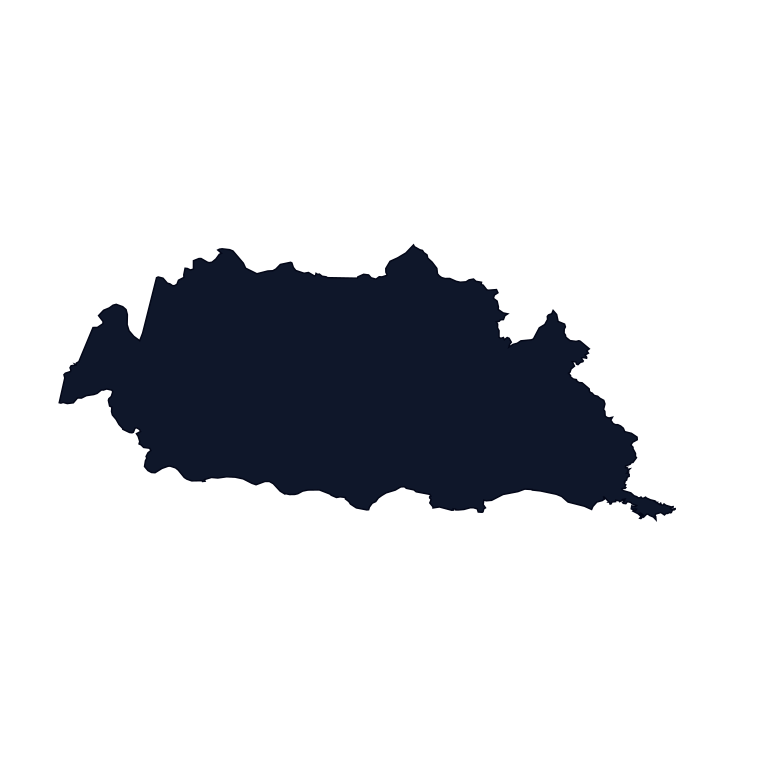 outline of Achí, Bolívar, Colombia, rotated 284°
{"feature_id": "7082276B83217917956191", "entity_name": "Achí", "entity_type": "district", "adm_level": 2, "iso_a3": "COL", "parent_name": "Colombia", "parent_adm1": "Bolívar", "projection": "equal_earth", "projection_center": [-74.478, 8.603], "detail": "fine", "context": "isolated", "style": "filled", "palette": "ink", "viewbox_px": 768, "rotation_deg": 284, "n_neighbors": 0, "source": "geoboundaries", "source_scale": "gbopen_adm2", "svg_char_len": 6143}
<svg xmlns="http://www.w3.org/2000/svg" viewBox="0 0 768 768"><g transform="rotate(284 384 384)"><path d="M381.3,90.5L376.7,96.3L374.5,96.7L369.5,92.2L368.4,88.0L331.8,82.5L329.9,80.5L328.4,80.6L328.5,79.3L327.8,80.3L326.0,76.0L323.8,75.4L321.7,76.9L320.2,76.7L317.4,72.2L315.6,71.2L312.7,72.8L287.3,73.4L287.3,75.1L288.5,77.1L288.4,81.4L290.6,87.1L296.3,90.0L297.2,93.9L300.7,98.0L303.6,105.0L305.5,107.9L309.8,111.2L310.3,113.3L312.1,116.1L312.2,121.4L310.9,122.7L305.9,122.4L303.2,120.6L301.5,120.5L296.2,123.1L295.8,125.5L291.3,126.3L288.3,127.9L284.9,132.6L280.6,136.7L277.8,141.1L276.9,141.5L275.4,148.8L275.7,151.3L276.6,152.5L280.9,153.1L281.7,154.6L280.7,157.9L279.0,159.3L275.9,155.8L273.8,158.1L269.2,160.9L266.6,160.8L266.2,163.0L264.3,166.1L265.0,172.1L263.0,173.9L260.3,171.7L256.1,170.7L254.7,171.8L251.9,171.1L246.0,171.6L242.9,175.9L241.9,179.8L242.5,183.3L248.4,189.0L252.0,194.4L252.6,196.3L252.2,202.0L250.7,205.2L245.0,212.8L244.0,215.7L243.5,220.8L246.2,230.9L245.5,231.4L246.4,233.9L247.8,232.8L251.6,239.2L252.6,245.5L255.9,253.7L257.6,262.1L257.9,270.3L255.7,279.8L255.3,284.2L260.6,292.0L261.7,296.4L260.5,300.7L254.9,309.2L253.3,314.3L253.8,314.3L253.9,319.0L255.3,324.2L256.7,326.9L260.4,331.0L262.7,335.8L265.6,346.8L264.2,358.0L263.3,359.8L262.4,365.3L263.9,368.7L264.6,374.0L263.2,374.3L261.4,378.4L259.4,380.5L257.1,387.1L257.7,397.8L258.3,399.5L261.0,399.6L265.5,401.4L267.9,404.4L272.1,406.1L275.5,409.0L278.9,412.4L283.8,420.6L288.2,425.1L289.3,428.7L288.2,430.9L288.5,438.6L287.2,441.3L288.0,455.1L286.5,456.6L285.6,455.6L284.6,455.8L283.3,457.7L279.7,457.2L276.7,461.2L275.6,461.5L278.1,467.5L277.9,480.3L278.5,482.0L279.7,481.4L279.9,483.7L279.2,484.1L279.8,486.6L281.6,491.9L284.8,497.6L285.6,500.7L285.4,504.7L282.6,506.4L283.3,510.3L284.0,511.0L287.0,511.0L288.4,512.4L291.0,509.4L295.5,508.9L295.4,511.4L297.2,516.6L305.6,526.2L312.0,540.0L316.1,546.0L317.5,553.4L317.0,553.5L318.1,561.6L318.7,577.9L317.9,583.6L314.0,591.1L313.9,608.0L312.5,615.8L315.7,616.3L321.0,619.1L323.7,624.0L325.5,625.6L328.1,624.0L324.2,630.6L323.7,630.2L323.9,631.4L322.2,632.4L322.6,633.3L324.7,633.8L325.9,637.2L327.4,637.0L327.5,640.7L326.9,641.1L328.5,643.1L329.5,643.1L330.7,645.9L328.5,645.6L328.8,644.6L327.1,645.0L326.8,644.2L326.1,645.0L326.4,647.6L328.6,648.5L328.8,649.8L328.8,652.3L327.7,653.4L327.2,658.5L325.8,657.5L325.7,653.9L322.7,654.1L322.4,655.6L323.4,657.2L323.6,659.3L322.1,658.8L321.7,656.9L320.9,656.3L319.6,661.9L317.6,665.6L315.6,664.6L315.6,665.8L317.2,666.9L318.6,666.4L320.3,663.3L320.9,664.3L319.6,667.0L318.9,667.7L318.3,667.1L317.6,668.1L321.2,670.3L321.6,671.9L320.8,673.3L320.1,677.6L318.0,680.8L321.1,679.7L321.3,678.8L323.6,679.1L326.3,683.8L324.8,687.8L326.5,688.8L327.1,690.7L328.6,692.0L328.2,692.8L328.8,693.9L331.8,694.4L331.9,695.8L332.9,696.8L333.5,696.7L332.0,693.2L332.2,692.1L333.0,692.0L334.6,694.4L335.0,694.2L334.2,692.5L334.5,686.7L335.4,684.7L333.9,684.0L333.8,682.3L335.3,681.3L334.4,680.7L333.9,681.3L333.7,680.5L334.6,678.1L335.3,678.1L334.7,676.9L335.8,676.1L335.6,674.9L336.1,674.9L336.1,670.5L336.9,666.1L337.5,665.2L335.8,663.2L335.6,662.1L336.5,660.7L335.5,659.9L335.0,658.0L335.8,656.6L336.0,653.8L338.1,649.8L338.4,642.3L339.0,640.4L340.3,640.4L341.0,643.1L342.0,643.7L342.4,642.4L344.7,643.0L345.2,641.6L346.1,641.1L347.2,641.6L347.7,640.9L349.4,642.6L352.5,642.6L353.7,644.2L355.8,643.7L356.4,642.0L357.0,642.3L356.6,641.5L357.9,642.3L358.3,641.5L361.1,643.1L360.3,641.5L361.2,639.6L361.7,639.9L361.2,638.6L362.9,638.2L365.6,642.2L367.6,643.1L368.1,644.5L373.6,646.8L374.6,645.5L377.5,644.8L381.5,641.2L382.9,640.9L384.5,638.3L387.6,639.3L391.2,643.2L393.7,642.4L396.0,636.0L396.0,629.1L399.0,626.9L400.5,623.8L401.1,620.7L400.5,618.5L401.0,615.9L403.8,612.8L407.0,613.7L405.4,610.5L405.6,608.1L406.5,606.3L410.9,604.9L412.4,603.2L418.1,603.2L421.3,601.2L422.4,596.9L423.8,594.3L423.8,590.7L425.6,588.0L425.7,586.3L427.0,584.9L428.9,584.3L433.1,575.9L432.6,572.7L433.6,570.4L434.8,569.6L434.6,566.5L436.1,563.2L437.3,563.0L439.1,560.4L440.4,561.6L443.9,561.9L447.4,564.5L451.2,561.2L451.9,564.7L449.9,566.0L449.7,567.5L452.6,569.4L453.7,571.5L454.6,571.8L456.1,569.7L457.0,569.5L457.9,571.1L458.0,574.3L459.0,574.2L460.9,572.1L463.4,574.9L465.3,572.7L467.8,574.7L473.0,564.0L473.1,562.6L471.8,560.1L471.1,554.0L473.4,549.1L475.4,548.2L477.0,546.4L480.9,545.6L483.3,546.2L485.8,544.7L486.8,537.8L493.2,534.7L496.3,530.3L492.8,529.8L490.8,526.9L489.1,526.1L486.2,527.1L480.6,525.6L476.1,521.1L463.9,518.1L462.5,516.3L459.0,506.4L455.7,503.4L453.7,499.7L449.9,496.2L453.0,496.3L455.4,497.4L458.6,494.3L458.9,492.3L456.1,490.1L458.0,488.6L456.4,486.1L457.4,484.2L463.6,482.7L465.9,480.6L469.6,479.8L471.5,477.9L472.7,480.6L474.5,481.5L475.4,484.3L479.5,484.8L482.0,487.1L481.8,482.5L484.0,476.7L486.4,476.4L491.8,473.7L493.6,469.4L497.0,469.6L500.1,472.5L502.8,470.3L500.2,462.5L500.3,460.9L503.9,456.3L504.0,454.3L506.3,454.0L505.9,448.3L507.5,445.5L505.6,441.3L503.0,438.9L501.2,433.4L501.1,429.2L502.3,422.3L501.1,417.7L501.2,414.2L502.3,411.4L503.9,409.2L509.0,407.3L513.9,401.2L516.7,396.0L519.7,394.5L521.1,390.9L522.9,389.0L522.9,386.3L524.6,380.3L526.1,379.0L516.4,373.5L509.5,366.5L504.5,360.2L496.5,357.8L492.9,358.8L490.7,360.6L490.0,360.3L487.4,356.1L486.9,353.4L483.8,350.9L483.9,345.9L486.1,342.7L485.5,337.7L481.6,332.7L480.2,332.5L473.5,303.5L474.0,301.9L473.6,297.9L475.0,294.7L474.3,293.2L474.9,291.3L472.6,291.3L472.0,290.3L473.9,283.7L472.1,279.7L472.8,270.9L475.2,267.8L479.2,265.3L479.5,264.0L474.9,254.5L469.4,251.3L467.0,248.7L465.5,243.8L460.2,234.0L462.9,221.7L467.2,218.3L476.5,205.3L477.0,201.8L476.0,194.2L475.0,191.7L473.8,190.3L471.6,194.7L469.9,192.8L464.7,190.7L460.6,187.7L459.5,185.2L459.4,183.5L461.5,176.1L460.9,174.0L457.5,169.3L449.4,171.3L447.8,168.6L448.5,165.3L448.2,163.0L441.6,163.3L439.0,164.1L435.0,159.5L430.7,159.0L428.9,157.2L428.2,155.2L429.4,152.0L429.4,149.4L433.2,144.0L433.2,139.0L432.1,137.6L375.0,137.5L366.9,136.5L369.7,129.7L374.0,123.7L379.5,120.4L389.2,118.2L393.8,115.7L395.8,111.8L396.5,104.9L394.9,102.0L391.4,99.1L387.7,94.1L381.3,90.5Z" fill="#0f172a" stroke="#020617" stroke-width="1.5"/></g></svg>